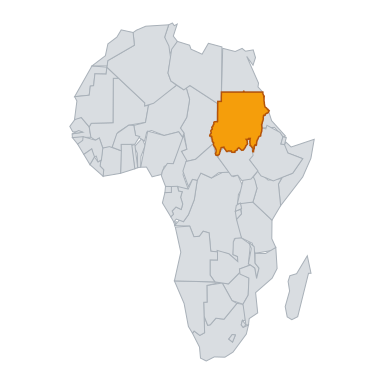 Africa, with Sudan highlighted
{"feature_id": "SDN", "entity_name": "Sudan", "entity_type": "country or territory", "adm_level": 0, "iso_a3": "SDN", "parent_name": "Africa", "parent_adm1": "", "projection": "equal_earth", "projection_center": [30.131, 15.434], "detail": "fine", "context": "in_parent", "style": "filled", "palette": "amber", "viewbox_px": 384, "rotation_deg": 0, "n_neighbors": 49, "source": "natural_earth", "source_scale": "50m", "svg_char_len": 14546}
<svg xmlns="http://www.w3.org/2000/svg" viewBox="0 0 384 384"><path d="M252.9,202.1L272.0,220.2L271.8,238.7L275.8,247.5L272.9,250.3L255.1,253.3L252.2,243.2L241.5,238.0L237.5,229.2L236.5,219.4L241.5,213.8L240.4,203.0L252.9,202.1Z" fill="#d9dde1" stroke="#a8b0b8" stroke-width="1"/><path d="M106.9,67.2L106.1,74.1L94.9,73.8L93.6,85.7L90.3,86.1L89.2,95.2L74.6,96.7L92.0,65.9L106.9,67.2Z" fill="#d9dde1" stroke="#a8b0b8" stroke-width="1"/><path d="M236.5,219.4L241.5,238.0L234.3,238.9L233.0,254.6L237.5,256.5L237.8,261.6L228.7,253.7L210.8,251.2L209.1,232.9L203.2,231.2L199.4,236.3L193.9,236.7L189.7,226.1L174.8,225.6L179.8,219.4L183.4,221.7L188.4,214.7L194.3,199.6L197.6,177.1L200.9,173.1L211.5,178.0L223.2,172.0L229.4,172.1L233.2,176.7L237.8,175.2L243.1,186.8L238.4,194.6L236.5,219.4Z" fill="#d9dde1" stroke="#a8b0b8" stroke-width="1"/><path d="M280.6,205.7L278.4,184.0L282.5,177.0L292.7,173.2L302.7,158.7L287.9,153.0L283.8,146.3L285.8,142.0L291.1,147.0L314.2,139.3L310.9,158.3L302.7,177.0L280.6,205.7Z" fill="#d9dde1" stroke="#a8b0b8" stroke-width="1"/><path d="M272.0,220.2L252.9,202.1L257.0,188.3L253.3,176.9L257.9,170.8L268.1,180.1L281.5,178.5L278.4,184.0L280.6,205.7L272.0,220.2Z" fill="#d9dde1" stroke="#a8b0b8" stroke-width="1"/><path d="M217.3,103.4L217.2,122.2L214.1,121.9L210.1,136.6L213.3,143.6L195.6,159.3L186.0,161.5L181.4,151.3L186.8,149.2L184.0,133.1L180.4,128.1L186.7,117.4L189.6,99.6L186.3,88.0L189.9,85.5L217.3,103.4Z" fill="#d9dde1" stroke="#a8b0b8" stroke-width="1"/><path d="M192.5,333.3L194.1,331.0L199.8,335.4L204.6,332.7L204.0,315.9L207.7,325.3L210.2,324.8L215.9,318.2L224.0,319.2L236.9,303.4L243.0,304.2L245.5,314.0L245.2,320.8L242.4,320.3L241.2,324.9L243.2,327.4L248.5,324.9L246.3,334.1L233.0,352.1L224.9,357.2L214.3,356.9L206.2,361.0L200.5,358.1L199.5,347.1L192.5,333.3ZM235.4,335.0L232.3,334.5L228.7,339.1L232.5,342.1L235.4,335.0Z" fill="#d9dde1" stroke="#a8b0b8" stroke-width="1"/><path d="M235.4,335.0L232.5,342.1L228.7,339.1L232.3,334.5L235.4,335.0Z" fill="#d9dde1" stroke="#a8b0b8" stroke-width="1"/><path d="M243.0,304.2L232.0,300.6L222.2,283.0L228.4,283.9L239.8,272.4L248.9,278.1L248.2,295.1L243.0,304.2Z" fill="#d9dde1" stroke="#a8b0b8" stroke-width="1"/><path d="M236.9,303.4L224.0,319.2L215.9,318.2L210.2,324.8L207.7,325.3L204.0,315.9L203.7,302.3L207.1,302.1L206.9,285.4L222.2,283.0L232.0,300.6L236.9,303.4Z" fill="#d9dde1" stroke="#a8b0b8" stroke-width="1"/><path d="M203.7,302.3L204.6,332.7L199.8,335.4L194.1,331.0L192.5,333.3L188.4,326.5L184.1,303.5L174.4,280.9L221.5,282.2L206.9,285.4L207.1,302.1L203.7,302.3Z" fill="#d9dde1" stroke="#a8b0b8" stroke-width="1"/><path d="M72.7,131.8L69.8,126.4L75.8,118.2L81.3,117.5L89.2,126.9L90.9,137.3L72.4,137.6L72.1,133.9L82.9,132.2L72.7,131.8Z" fill="#d9dde1" stroke="#a8b0b8" stroke-width="1"/><path d="M90.9,137.3L89.2,126.9L91.2,123.3L113.0,122.7L113.3,78.3L118.6,78.3L144.8,102.9L144.6,105.9L148.5,105.4L145.5,122.4L128.7,125.2L117.9,132.4L112.2,147.3L102.8,148.1L99.3,138.0L95.5,140.2L90.9,137.3Z" fill="#d9dde1" stroke="#a8b0b8" stroke-width="1"/><path d="M74.6,96.7L89.2,95.2L90.3,86.1L93.6,85.7L94.9,73.8L106.1,74.1L106.9,67.2L118.6,78.3L113.3,78.3L113.0,122.7L91.2,123.3L89.2,126.9L81.3,117.5L74.5,119.7L76.9,101.0L74.6,96.7Z" fill="#d9dde1" stroke="#a8b0b8" stroke-width="1"/><path d="M140.7,167.2L137.7,167.7L137.3,153.3L134.3,146.8L142.0,138.3L145.2,145.5L141.0,156.3L140.7,167.2Z" fill="#d9dde1" stroke="#a8b0b8" stroke-width="1"/><path d="M186.3,88.0L189.6,99.6L186.7,117.4L180.4,128.1L184.0,133.1L182.5,137.1L178.7,131.8L164.1,135.5L151.5,130.5L146.7,132.1L144.6,141.1L135.6,135.4L133.8,125.4L145.5,122.4L148.5,105.4L176.5,85.2L183.8,89.8L186.3,88.0Z" fill="#d9dde1" stroke="#a8b0b8" stroke-width="1"/><path d="M140.7,167.2L147.7,131.1L164.1,135.5L178.7,131.8L183.8,139.1L173.3,163.7L164.2,166.3L161.5,174.4L152.1,176.8L146.5,167.1L140.7,167.2Z" fill="#d9dde1" stroke="#a8b0b8" stroke-width="1"/><path d="M183.6,135.3L186.8,149.2L181.4,151.3L186.6,160.2L183.0,174.6L188.2,189.1L165.5,186.4L161.4,175.7L162.4,170.9L167.4,163.4L173.3,163.7L183.6,135.3Z" fill="#d9dde1" stroke="#a8b0b8" stroke-width="1"/><path d="M134.8,144.3L137.7,167.7L134.8,168.8L131.4,145.7L134.8,144.3Z" fill="#d9dde1" stroke="#a8b0b8" stroke-width="1"/><path d="M131.7,144.2L134.8,168.8L120.6,173.3L121.1,144.4L131.7,144.2Z" fill="#d9dde1" stroke="#a8b0b8" stroke-width="1"/><path d="M102.8,148.1L109.4,146.6L121.3,150.8L120.6,173.3L103.1,176.3L103.7,169.8L100.1,166.1L102.8,148.1Z" fill="#d9dde1" stroke="#a8b0b8" stroke-width="1"/><path d="M83.1,136.7L95.5,140.2L99.3,138.0L102.8,148.1L101.4,160.2L98.0,162.1L96.3,156.1L93.5,157.0L91.7,148.9L83.8,154.4L77.6,144.1L83.1,136.7Z" fill="#d9dde1" stroke="#a8b0b8" stroke-width="1"/><path d="M72.4,137.6L83.1,136.7L82.7,140.4L77.6,144.1L72.4,137.6Z" fill="#d9dde1" stroke="#a8b0b8" stroke-width="1"/><path d="M100.8,160.3L100.1,166.1L103.7,169.8L103.1,176.3L89.9,164.6L94.5,156.8L98.0,162.1L100.8,160.3Z" fill="#d9dde1" stroke="#a8b0b8" stroke-width="1"/><path d="M83.8,154.4L91.7,148.9L94.5,156.8L89.9,164.6L83.8,154.4Z" fill="#d9dde1" stroke="#a8b0b8" stroke-width="1"/><path d="M112.2,147.3L116.8,133.6L128.7,125.2L133.8,125.4L135.6,135.4L139.7,136.5L134.8,144.3L121.1,144.4L121.3,150.8L112.2,147.3Z" fill="#d9dde1" stroke="#a8b0b8" stroke-width="1"/><path d="M229.4,172.1L218.7,172.7L211.5,178.0L200.9,173.1L197.2,180.5L192.5,179.4L188.4,186.5L182.9,171.1L186.0,161.5L195.6,159.3L213.3,143.6L215.4,154.1L229.4,172.1Z" fill="#d9dde1" stroke="#a8b0b8" stroke-width="1"/><path d="M197.2,180.5L194.3,199.6L188.4,214.7L183.4,221.7L176.3,219.1L173.8,222.0L170.8,216.8L173.5,214.2L172.1,211.0L176.0,207.0L181.2,209.5L182.7,204.0L180.6,197.3L182.2,191.7L178.6,191.1L177.8,186.5L188.2,189.1L192.5,179.4L197.2,180.5Z" fill="#d9dde1" stroke="#a8b0b8" stroke-width="1"/><path d="M171.4,186.5L177.4,186.3L178.6,191.1L182.2,191.7L180.6,197.3L182.7,204.0L181.2,209.5L176.0,207.0L172.1,211.0L173.5,214.2L170.8,216.8L162.4,202.9L164.9,192.6L171.4,192.4L171.4,186.5Z" fill="#d9dde1" stroke="#a8b0b8" stroke-width="1"/><path d="M165.5,186.4L171.4,186.5L171.4,192.4L164.9,192.6L165.5,186.4Z" fill="#d9dde1" stroke="#a8b0b8" stroke-width="1"/><path d="M241.5,238.0L250.4,244.4L248.4,263.8L250.3,265.0L239.5,269.0L239.8,272.4L228.4,283.9L214.9,281.9L210.1,275.1L210.1,259.9L217.5,260.0L217.1,250.4L228.7,253.7L237.8,261.6L237.5,256.5L233.0,254.6L233.3,241.9L235.3,238.3L241.5,238.0Z" fill="#d9dde1" stroke="#a8b0b8" stroke-width="1"/><path d="M248.7,242.3L254.2,246.7L255.1,263.2L259.0,268.1L256.6,278.5L254.7,268.1L248.4,263.8L251.3,248.5L248.7,242.3Z" fill="#d9dde1" stroke="#a8b0b8" stroke-width="1"/><path d="M255.1,253.3L265.5,253.5L275.8,247.5L277.1,268.5L272.2,278.1L255.6,292.6L257.7,312.9L249.2,318.6L248.5,324.9L245.9,324.9L243.0,304.2L248.2,295.1L248.9,278.1L240.0,274.1L239.5,269.0L250.3,265.0L254.7,268.1L256.6,278.5L259.0,268.1L255.1,263.2L255.1,253.3Z" fill="#d9dde1" stroke="#a8b0b8" stroke-width="1"/><path d="M245.9,324.9L243.2,327.4L241.2,324.9L242.4,320.3L245.9,324.9Z" fill="#d9dde1" stroke="#a8b0b8" stroke-width="1"/><path d="M173.8,222.0L176.3,221.8L174.8,225.6L173.8,222.0ZM175.3,227.1L189.7,226.1L193.9,236.7L199.4,236.3L203.2,231.2L209.1,232.9L210.8,251.2L217.5,251.9L217.5,260.0L210.1,259.9L210.1,275.1L214.9,281.9L174.4,280.9L180.8,252.2L175.3,227.1Z" fill="#d9dde1" stroke="#a8b0b8" stroke-width="1"/><path d="M240.5,209.3L241.5,213.8L236.5,219.4L235.3,211.3L240.5,209.3Z" fill="#d9dde1" stroke="#a8b0b8" stroke-width="1"/><path d="M307.3,255.8L311.0,273.3L308.5,273.3L297.7,316.7L291.8,319.7L287.2,316.9L285.2,306.6L289.6,291.0L288.1,281.4L289.9,275.7L296.6,273.7L307.3,255.8Z" fill="#d9dde1" stroke="#a8b0b8" stroke-width="1"/><path d="M72.1,133.9L78.6,130.5L82.9,132.2L72.1,133.9Z" fill="#d9dde1" stroke="#a8b0b8" stroke-width="1"/><path d="M169.8,54.0L164.6,37.2L168.7,24.8L172.4,23.0L174.3,25.7L177.2,24.1L173.3,36.1L177.4,41.4L169.8,54.0Z" fill="#d9dde1" stroke="#a8b0b8" stroke-width="1"/><path d="M106.9,67.2L107.8,60.6L134.4,45.2L133.1,32.5L136.6,30.1L145.8,26.2L168.7,24.8L164.6,37.2L168.9,46.0L170.6,57.9L168.0,73.1L170.9,81.0L176.5,85.2L153.6,103.3L144.6,105.9L144.8,102.9L106.9,67.2Z" fill="#d9dde1" stroke="#a8b0b8" stroke-width="1"/><path d="M261.7,127.9L263.0,115.8L268.5,110.9L271.6,120.7L285.5,136.1L282.9,136.9L274.4,127.4L261.7,127.9Z" fill="#d9dde1" stroke="#a8b0b8" stroke-width="1"/><path d="M92.0,65.9L105.4,55.7L107.9,43.9L116.9,37.1L121.2,29.9L133.1,32.5L134.4,45.2L107.8,60.6L107.1,65.9L92.0,65.9Z" fill="#d9dde1" stroke="#a8b0b8" stroke-width="1"/><path d="M262.7,92.1L221.5,92.1L222.7,48.3L235.2,51.5L242.1,48.4L245.5,51.2L253.2,49.9L255.5,57.6L253.0,65.2L246.7,56.4L258.5,83.1L258.0,86.9L262.7,92.1Z" fill="#d9dde1" stroke="#a8b0b8" stroke-width="1"/><path d="M221.9,46.9L221.3,101.4L217.3,103.4L189.9,85.5L183.8,89.8L170.9,81.0L168.0,73.1L171.7,49.2L177.4,41.4L189.6,45.2L191.0,49.2L202.1,54.2L208.4,43.3L221.9,46.9Z" fill="#d9dde1" stroke="#a8b0b8" stroke-width="1"/><path d="M302.7,158.7L292.7,173.2L273.3,180.9L261.0,175.9L249.4,159.8L261.7,127.9L265.8,128.9L266.9,125.3L280.1,132.5L282.9,136.9L280.9,144.0L284.5,144.6L287.9,153.0L302.7,158.7Z" fill="#d9dde1" stroke="#a8b0b8" stroke-width="1"/><path d="M282.9,136.9L286.3,137.6L284.5,144.6L280.9,144.0L282.9,136.9Z" fill="#d9dde1" stroke="#a8b0b8" stroke-width="1"/><path d="M252.9,202.1L237.3,204.0L243.3,179.2L253.3,176.9L255.0,180.3L257.0,188.3L252.9,202.1Z" fill="#d9dde1" stroke="#a8b0b8" stroke-width="1"/><path d="M240.4,203.0L241.6,208.6L235.3,211.3L236.3,205.4L240.4,203.0Z" fill="#d9dde1" stroke="#a8b0b8" stroke-width="1"/><path d="M241.8,180.5L237.8,175.2L231.6,176.1L216.9,155.7L223.8,147.1L227.2,151.7L235.1,152.0L238.8,147.7L243.7,150.0L247.4,143.9L246.2,139.6L250.3,138.6L253.1,155.4L249.4,159.8L257.9,170.8L251.0,179.1L241.8,180.5Z" fill="#d9dde1" stroke="#a8b0b8" stroke-width="1"/><path d="M253.5,151.7L253.4,151.7L252.8,151.7L252.7,151.6L252.7,151.3L252.7,150.9L252.8,150.4L253.0,149.8L253.0,149.7L253.0,149.4L253.0,149.0L253.0,148.8L253.0,148.7L252.8,148.2L251.2,146.4L250.9,146.0L250.9,145.9L250.1,145.5L250.0,145.4L250.2,145.1L249.8,141.4L249.9,141.2L250.0,141.0L250.0,140.9L250.0,140.3L250.0,139.7L250.2,138.8L250.3,138.4L248.6,138.4L248.5,138.5L248.5,138.8L248.6,139.0L248.6,139.3L246.2,139.4L247.2,140.8L247.2,141.0L247.2,141.5L247.2,142.3L247.2,142.8L247.3,143.1L247.5,143.7L247.5,143.8L247.4,144.0L245.8,145.9L245.7,146.0L245.5,146.8L245.3,147.2L245.2,147.4L244.8,148.0L243.2,150.1L242.2,150.2L241.8,150.3L241.7,150.3L240.5,149.2L238.9,147.7L238.7,147.9L237.7,148.5L237.4,148.8L237.4,149.5L237.3,149.8L237.0,150.2L236.1,150.4L235.7,150.7L235.3,151.0L235.2,151.0L235.0,151.3L234.7,151.7L234.6,152.0L234.7,152.3L231.9,152.3L231.7,152.1L231.3,151.0L231.0,151.1L228.4,150.9L228.0,151.1L227.2,151.5L226.9,151.6L226.5,151.4L225.1,149.2L224.8,149.0L224.7,148.9L224.5,148.5L224.2,148.3L224.1,148.1L224.1,147.9L224.1,147.4L224.0,147.1L223.8,147.1L222.0,147.5L221.7,147.5L221.3,147.6L221.2,147.7L221.0,147.9L221.0,148.2L221.0,148.5L221.0,148.8L220.8,149.1L220.3,149.9L220.2,150.2L220.2,151.0L220.2,151.4L220.1,151.5L219.8,151.9L219.8,152.0L219.7,152.3L219.7,152.8L219.7,153.0L219.4,153.7L219.3,153.9L219.3,154.3L219.2,154.5L218.4,154.8L218.1,155.0L217.9,155.4L217.9,155.5L217.5,155.4L217.0,155.3L216.2,155.2L215.8,155.0L215.7,154.8L215.7,154.2L215.5,153.9L215.4,153.7L215.4,153.4L215.9,152.6L216.0,152.3L216.1,150.9L216.1,150.5L216.1,149.9L215.7,148.9L215.4,148.2L214.9,147.2L214.7,146.9L213.7,145.5L213.6,145.3L213.3,144.7L213.5,144.1L213.6,143.3L213.6,143.0L213.6,142.6L213.3,142.3L213.1,142.3L213.0,142.2L212.8,141.9L212.6,141.8L212.4,141.5L212.3,141.1L212.4,139.5L212.3,139.3L212.1,139.2L212.0,138.8L211.9,138.0L211.7,137.2L211.8,136.8L211.6,136.3L211.2,136.1L210.8,136.1L210.3,136.2L210.1,136.2L209.9,136.1L209.8,135.9L209.7,135.7L209.8,135.3L210.0,134.7L210.3,134.1L210.9,133.6L211.1,133.4L211.2,133.1L211.2,132.8L211.2,132.4L211.1,132.1L210.9,131.7L210.8,131.2L210.8,130.8L210.9,130.6L211.0,130.3L211.3,130.0L211.4,129.9L211.6,129.7L211.8,129.6L212.2,129.3L212.3,129.1L212.3,128.9L212.2,128.7L212.0,128.2L211.9,127.8L211.9,127.5L211.8,127.3L211.9,127.1L212.1,126.9L212.3,126.7L212.7,126.6L212.8,126.4L212.9,126.1L212.9,125.8L213.0,125.6L213.2,125.1L213.3,124.9L213.6,124.6L213.8,124.3L213.9,124.0L213.9,123.6L213.8,122.6L214.1,122.1L214.4,121.8L214.9,121.8L215.7,121.7L216.2,121.6L216.6,121.6L217.4,121.8L217.5,121.7L217.5,121.4L217.6,120.7L217.6,118.6L217.6,116.4L217.6,114.3L217.6,112.2L217.7,110.1L217.7,108.0L217.7,105.9L217.7,103.8L217.8,103.2L217.8,102.6L217.8,102.0L217.8,101.4L218.6,101.4L219.5,101.4L220.4,101.4L221.2,101.4L221.3,101.4L221.3,99.1L221.3,96.7L221.4,94.4L221.4,92.1L222.7,92.1L224.0,92.1L225.4,92.1L226.7,92.1L228.0,92.1L229.4,92.1L230.7,92.1L232.0,92.1L233.4,92.1L234.7,92.1L236.0,92.1L237.3,92.1L238.7,92.1L240.0,92.1L241.3,92.1L242.7,92.1L243.1,92.1L243.6,91.2L243.9,91.2L244.0,91.4L244.0,91.7L243.8,92.1L244.5,92.1L245.6,92.1L246.8,92.1L247.9,92.1L249.1,92.1L250.2,92.1L251.3,92.1L252.5,92.1L253.6,92.1L254.8,92.1L255.9,92.1L257.1,92.1L258.2,92.1L259.3,92.1L260.5,92.1L261.6,92.1L262.8,92.1L262.8,93.1L263.0,94.0L263.5,95.2L264.0,95.9L264.2,96.2L264.2,96.4L264.2,96.5L264.0,96.4L263.8,96.2L263.8,96.8L263.8,97.2L263.9,98.0L264.1,98.8L264.0,99.6L264.0,100.9L264.3,102.4L264.3,103.4L264.7,105.7L265.1,107.0L265.3,107.3L265.6,107.5L266.0,107.6L266.7,108.2L267.2,108.9L267.4,109.3L267.7,109.7L267.9,109.6L268.0,109.5L268.2,109.8L269.0,110.5L269.2,110.8L268.9,111.1L268.5,111.7L268.4,111.9L268.4,112.0L268.3,112.4L268.1,112.6L267.9,112.8L267.7,112.9L267.6,113.0L267.4,113.1L267.1,113.0L266.9,113.1L266.8,113.3L266.6,113.4L266.4,113.4L266.1,113.6L265.9,113.8L265.6,114.0L265.3,114.2L265.2,115.1L265.0,115.3L264.8,115.3L264.4,115.3L264.2,115.4L263.8,115.3L263.6,115.3L263.5,115.5L263.5,116.2L263.5,116.5L263.3,116.9L263.2,117.4L263.3,118.2L263.3,118.9L263.0,120.1L263.0,120.4L262.7,121.3L262.5,121.6L262.1,123.4L262.0,123.9L261.6,124.5L261.7,125.4L261.8,126.4L261.9,127.3L262.0,128.7L261.7,129.9L261.8,130.6L261.6,131.7L261.4,132.1L261.3,132.4L261.2,132.7L261.0,133.4L260.8,134.2L260.7,135.1L260.7,135.6L260.7,135.8L260.6,136.0L260.2,136.1L259.6,136.2L259.3,136.3L259.1,136.5L258.8,136.9L258.3,138.0L258.0,138.7L257.6,139.7L257.1,140.3L257.0,140.7L256.9,141.3L256.7,142.3L256.6,142.9L256.6,143.5L256.4,144.5L256.5,144.9L256.3,145.2L256.1,145.4L255.9,145.5L255.6,145.2L255.3,144.9L255.2,144.8L255.0,145.0L254.7,145.3L254.4,145.9L254.1,146.5L254.3,147.9L254.3,148.2L254.2,148.5L253.8,149.5L253.7,149.8L253.6,150.4L253.5,151.4L253.5,151.7Z" fill="#f59e0b" stroke="#b45309" stroke-width="1.5"/></svg>